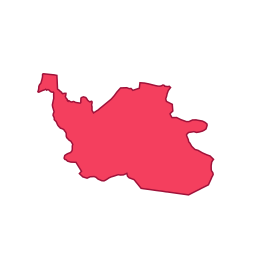 outline of Santa María la Asunción, Oaxaca, Mexico, rotated 240°
{"feature_id": "50627088B43505980471729", "entity_name": "Santa María la Asunción", "entity_type": "district", "adm_level": 2, "iso_a3": "MEX", "parent_name": "Mexico", "parent_adm1": "Oaxaca", "projection": "natural_earth1", "projection_center": [-96.812, 18.103], "detail": "fine", "context": "isolated", "style": "filled", "palette": "rose", "viewbox_px": 256, "rotation_deg": 240, "n_neighbors": 0, "source": "geoboundaries", "source_scale": "gbopen_adm2", "svg_char_len": 3665}
<svg xmlns="http://www.w3.org/2000/svg" viewBox="0 0 256 256"><g transform="rotate(240 128 128)"><path d="M141.8,185.1L143.5,184.6L143.7,183.9L143.9,183.4L144.1,183.0L145.3,181.4L145.8,180.7L146.4,180.8L147.2,180.4L147.8,179.6L147.8,178.3L148.1,177.0L148.4,176.3L148.8,175.7L149.2,175.0L150.5,173.5L156.0,167.8L158.7,164.7L161.2,161.0L156.8,157.7L158.2,151.0L160.7,150.4L161.1,149.6L161.5,148.7L163.5,147.1L166.4,141.6L164.7,136.4L164.2,135.3L162.9,132.4L161.7,128.9L161.3,127.5L160.5,122.7L159.3,115.4L159.1,114.0L158.5,110.9L158.5,109.6L158.3,105.7L159.6,105.7L161.2,105.6L163.6,107.0L164.4,107.5L165.0,107.5L165.5,107.8L165.9,108.0L166.2,108.1L166.6,108.3L166.8,108.5L167.3,109.1L167.7,109.4L168.0,109.6L168.3,109.8L168.9,110.0L169.3,109.9L169.5,109.6L169.6,109.2L169.6,108.8L169.6,108.4L169.7,108.1L170.0,107.8L170.7,107.5L171.9,107.0L172.4,106.9L173.3,106.9L173.8,106.9L174.6,106.8L175.4,106.7L175.5,106.6L175.8,106.4L176.2,106.0L176.6,105.6L177.1,105.2L177.3,104.8L177.6,103.0L177.5,102.6L177.4,102.2L174.8,100.5L173.9,100.0L173.7,99.7L173.5,99.4L173.6,99.0L173.6,98.8L176.1,95.7L176.5,95.3L176.9,95.0L177.5,94.7L177.9,94.4L178.2,94.1L178.4,93.7L178.5,92.7L178.6,92.4L178.8,92.1L179.2,91.7L179.7,91.2L180.3,90.9L180.7,90.8L181.0,90.5L181.6,90.0L181.2,89.5L181.7,89.3L182.3,89.2L183.2,89.7L184.7,89.3L186.6,89.5L187.6,90.6L189.0,91.6L189.6,90.8L189.9,90.0L190.5,88.5L191.4,88.2L192.1,88.3L194.2,87.5L195.1,87.3L196.9,86.4L204.4,90.3L209.1,92.7L210.8,90.8L216.8,82.5L217.4,81.6L217.1,80.8L215.0,79.5L213.1,77.8L210.5,75.1L209.6,72.9L208.6,71.6L206.7,70.3L205.4,69.2L204.5,68.1L203.9,68.3L203.6,68.7L203.5,69.8L203.2,72.8L202.8,74.7L202.7,76.1L201.4,76.5L201.5,77.4L201.2,78.0L200.6,78.5L199.6,78.7L197.6,79.5L196.6,80.8L196.4,81.3L195.8,81.3L194.9,80.9L194.3,80.4L190.8,78.5L185.8,74.0L184.0,73.3L179.0,72.1L177.6,70.3L176.4,69.4L173.7,69.2L172.1,68.3L169.4,69.0L165.7,68.6L163.8,68.8L162.6,69.3L161.8,69.3L160.1,70.8L158.5,71.7L157.5,71.6L156.3,71.9L155.5,71.9L154.2,71.8L151.7,70.4L150.3,70.1L149.1,70.4L146.6,71.0L145.3,71.9L141.5,72.0L140.2,70.7L138.1,69.5L137.8,69.3L136.4,68.3L136.2,67.8L135.7,66.6L135.5,65.8L135.8,64.1L136.0,62.5L135.9,60.3L135.8,59.5L133.9,57.6L132.4,57.6L131.5,58.5L129.5,59.1L127.1,61.4L124.3,65.8L123.7,65.8L113.8,66.1L112.8,63.1L109.4,64.1L108.3,64.4L106.8,65.8L105.0,67.5L104.7,70.8L102.9,74.4L101.3,75.7L99.0,76.4L98.5,76.7L97.0,77.8L95.5,78.9L94.6,80.2L94.2,80.9L94.1,82.2L94.1,83.7L94.3,86.4L94.3,87.0L94.2,87.8L94.1,88.8L93.4,91.7L92.5,96.1L91.0,98.0L90.4,99.2L89.7,100.6L89.3,104.3L86.5,103.5L84.3,104.1L80.3,107.4L80.0,107.5L78.9,107.7L77.3,107.9L73.7,108.5L71.7,108.8L69.2,109.2L67.5,111.3L63.3,116.8L59.8,121.2L56.2,126.0L54.3,128.3L53.8,128.9L52.6,130.6L46.8,138.0L44.4,141.1L39.8,147.0L39.6,151.3L39.3,156.6L39.1,159.7L39.1,160.9L38.8,165.8L38.6,169.2L42.2,174.3L42.6,174.8L42.8,175.1L43.8,176.4L44.4,177.5L45.3,178.6L46.6,179.0L47.0,179.1L49.2,178.9L50.6,179.4L51.9,180.1L53.7,181.1L56.7,183.5L57.6,185.2L58.1,186.4L62.7,185.1L65.7,182.6L69.4,179.9L71.0,179.0L73.6,177.5L74.0,177.1L76.0,175.2L80.2,174.0L83.0,174.0L84.1,174.0L85.7,173.7L87.9,174.4L90.2,174.7L92.0,174.9L93.1,175.5L93.6,177.2L93.8,178.4L92.9,180.6L91.9,183.3L91.1,184.0L89.9,185.1L88.9,187.8L88.2,190.5L88.1,190.9L88.0,192.9L88.2,195.1L89.2,196.2L90.7,197.8L92.0,198.4L94.4,197.5L95.8,196.6L96.8,195.9L98.6,193.8L100.1,192.0L101.0,191.0L102.7,187.9L103.1,183.9L104.4,181.7L108.9,177.9L112.8,175.3L115.0,171.3L115.5,171.3L118.5,171.3L119.4,171.6L120.3,175.3L124.1,177.1L125.2,177.6L126.3,178.2L131.8,174.6L134.4,175.2L136.2,177.3L138.0,178.9L139.2,180.3L140.2,181.5L140.9,183.0L141.8,185.1Z" fill="#f43f5e" stroke="#9f1239" stroke-width="1.5"/></g></svg>